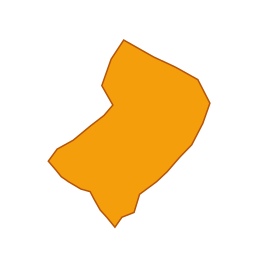 the district of Korakou, Nicosia, Cyprus, rotated 147°
{"feature_id": "46923920B50913956941924", "entity_name": "Korakou", "entity_type": "district", "adm_level": 2, "iso_a3": "CYP", "parent_name": "Cyprus", "parent_adm1": "Nicosia", "projection": "mercator", "projection_center": [32.877, 35.036], "detail": "fine", "context": "isolated", "style": "filled", "palette": "amber", "viewbox_px": 256, "rotation_deg": 147, "n_neighbors": 0, "source": "geoboundaries", "source_scale": "gbopen_adm2", "svg_char_len": 522}
<svg xmlns="http://www.w3.org/2000/svg" viewBox="0 0 256 256"><g transform="rotate(147 128 128)"><path d="M168.9,53.9L154.4,66.1L133.4,67.4L119.0,70.0L100.7,75.3L83.7,79.2L62.8,91.1L45.8,104.2L43.1,130.5L54.9,152.9L68.0,173.9L83.7,204.1L104.7,194.9L126.9,177.8L128.2,155.5L141.3,151.6L158.3,150.2L180.6,147.6L198.9,148.9L212.9,143.6L211.3,131.5L210.5,123.5L207.2,115.4L200.8,102.5L194.4,95.2L195.2,87.2L196.0,74.3L194.4,64.6L193.0,51.9L181.7,56.5L168.9,53.9Z" fill="#f59e0b" stroke="#b45309" stroke-width="1.5"/></g></svg>